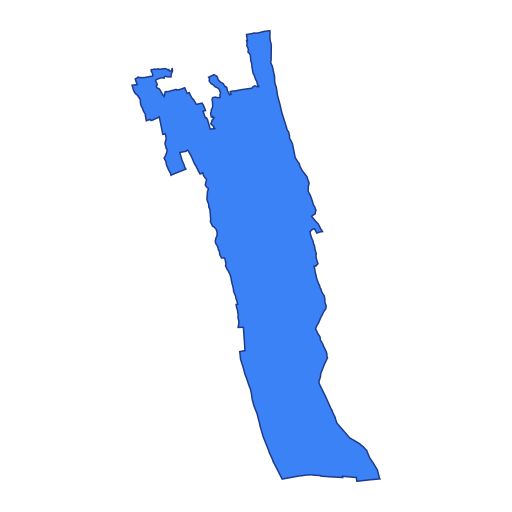 outline of Bogdanita, Vaslui, Romania
{"feature_id": "2599482B30412636472664", "entity_name": "Bogdanita", "entity_type": "district", "adm_level": 2, "iso_a3": "ROU", "parent_name": "Romania", "parent_adm1": "Vaslui", "projection": "equal_earth", "projection_center": [27.663, 46.443], "detail": "fine", "context": "isolated", "style": "filled", "palette": "blue", "viewbox_px": 512, "rotation_deg": 0, "n_neighbors": 0, "source": "geoboundaries", "source_scale": "gbopen_adm2", "svg_char_len": 5947}
<svg xmlns="http://www.w3.org/2000/svg" viewBox="0 0 512 512"><path d="M356.9,481.3L369.9,479.8L379.9,478.9L379.5,478.2L377.4,470.0L373.5,463.4L369.7,457.9L366.6,450.2L365.4,449.2L363.1,446.6L360.8,444.9L359.9,443.9L349.6,437.8L337.0,423.2L335.6,419.5L335.2,417.5L332.5,412.0L332.3,410.9L331.0,408.7L325.6,396.6L319.5,384.3L319.1,383.2L319.0,381.9L319.2,380.6L320.5,376.6L320.6,374.6L321.0,373.0L324.4,364.3L327.5,357.8L326.9,356.2L326.9,354.2L326.4,352.0L324.4,347.8L323.8,346.8L322.4,343.4L320.4,340.1L320.2,339.5L320.3,338.8L320.0,336.9L317.5,333.0L316.5,330.6L315.5,329.0L316.8,325.7L318.7,322.5L320.9,317.2L322.2,315.0L323.5,312.0L325.8,308.8L326.2,306.0L324.9,302.3L324.9,299.5L324.4,296.5L323.9,295.1L322.7,293.8L320.9,289.6L321.0,289.2L320.0,287.6L319.4,285.0L318.7,284.0L316.9,279.2L315.0,271.2L314.6,267.9L314.0,266.2L316.1,266.0L316.5,265.0L317.2,264.7L318.0,263.7L316.5,259.3L315.8,255.5L316.3,254.5L316.3,253.9L314.9,248.9L314.5,245.7L313.5,243.6L313.1,241.4L311.9,238.6L310.6,234.8L310.0,231.8L312.4,229.3L314.5,228.7L316.8,233.1L317.6,232.7L320.4,231.9L322.5,231.6L321.9,230.5L320.8,229.0L318.2,223.9L315.4,221.0L311.7,216.5L312.2,215.8L315.0,213.9L315.2,213.5L315.4,211.8L316.0,210.3L314.5,206.5L313.2,204.6L312.7,202.1L310.2,195.0L309.3,193.7L308.1,190.9L308.3,188.2L308.2,186.9L308.9,184.3L309.1,183.1L309.0,182.7L307.9,179.8L306.9,176.6L302.3,170.7L299.9,166.2L299.4,164.0L298.7,162.8L298.0,162.1L295.2,157.6L292.5,144.0L290.8,140.3L289.8,138.8L289.5,137.4L289.5,135.3L289.0,133.9L288.8,132.5L287.0,129.4L286.3,126.7L281.8,112.5L280.0,104.6L277.5,95.4L276.8,90.4L276.1,86.4L275.4,84.8L275.0,83.3L274.7,81.4L274.5,75.7L273.8,73.2L273.1,69.7L272.3,66.1L270.7,62.7L271.1,59.9L271.3,46.3L271.1,43.9L270.2,40.7L269.9,37.1L270.0,31.8L269.8,30.7L264.1,31.4L257.6,33.1L253.4,33.1L252.2,33.6L246.5,34.5L247.4,40.7L246.6,40.6L247.2,43.9L246.8,45.1L247.0,46.2L248.0,48.2L248.3,49.4L248.4,50.5L247.9,51.7L248.4,52.7L249.5,53.5L250.3,55.2L250.8,60.3L251.0,61.6L251.8,63.8L251.9,67.1L252.3,68.2L252.5,70.4L253.2,73.7L254.1,75.0L255.7,79.7L256.9,81.6L257.4,84.5L258.8,86.2L258.7,86.7L256.5,86.5L255.6,86.0L254.7,85.9L253.3,86.5L252.8,86.9L252.4,87.8L251.2,88.4L250.3,88.4L241.9,89.6L235.2,90.9L232.3,91.1L230.2,91.6L231.1,94.3L229.6,94.8L228.1,92.1L227.3,90.3L226.8,87.7L226.4,87.0L225.6,86.8L225.3,86.4L224.8,86.5L223.2,83.6L220.4,82.0L218.5,80.1L217.9,79.2L217.5,77.3L216.6,76.0L215.5,75.6L214.4,74.8L213.9,74.7L208.6,77.2L209.6,78.9L209.1,80.3L209.2,81.0L211.1,83.7L213.0,84.6L214.0,85.5L214.3,86.1L214.8,86.6L217.4,87.8L218.5,88.6L219.4,89.8L220.5,93.0L220.3,93.9L219.9,94.9L220.1,97.5L217.0,97.6L215.7,97.1L213.5,97.4L213.1,97.5L212.5,98.2L212.1,99.1L212.1,100.3L212.5,101.8L212.7,106.6L212.0,108.7L211.4,109.4L211.2,111.7L210.7,112.9L210.8,114.1L210.7,114.8L211.4,117.1L212.3,116.9L212.8,116.5L213.1,118.0L214.0,117.8L212.9,119.7L212.0,120.2L211.8,121.5L210.8,123.8L213.9,126.7L213.7,127.4L214.7,128.6L210.1,129.1L209.5,126.5L207.5,119.8L206.5,117.8L205.4,117.9L203.0,111.1L205.5,110.6L204.7,108.3L203.1,104.8L202.0,103.1L196.4,104.4L193.7,99.8L192.2,98.3L191.3,97.0L190.3,95.0L189.3,92.6L187.2,93.5L184.7,87.7L182.0,88.8L178.8,89.8L176.5,90.0L176.2,89.5L175.7,89.5L174.5,89.7L173.8,90.2L171.7,90.5L169.2,91.4L165.2,91.7L164.1,96.5L162.2,93.9L160.4,90.5L159.3,88.9L158.8,88.5L157.6,88.4L156.5,87.0L156.3,85.9L156.6,85.3L157.1,85.2L157.1,84.3L157.0,83.6L155.6,80.9L155.6,80.4L156.0,79.9L158.0,78.9L161.2,77.8L164.1,78.1L164.3,77.0L164.9,76.5L165.5,76.4L167.2,76.8L171.0,76.9L171.2,74.2L172.5,71.1L172.3,68.7L172.0,68.8L171.8,69.3L171.9,70.7L171.3,70.9L169.5,71.0L169.1,70.6L168.8,69.5L167.6,69.7L165.7,68.6L163.7,68.7L159.7,69.3L158.2,68.8L156.8,69.3L155.9,69.1L154.3,69.1L152.1,69.7L151.3,69.6L151.1,70.9L152.5,73.4L152.8,75.9L152.1,76.3L150.4,76.4L144.9,77.5L141.0,77.7L140.1,77.4L138.7,77.5L138.5,77.2L137.9,77.1L136.6,78.3L135.4,78.7L135.3,79.5L137.2,84.6L132.1,85.2L133.4,89.8L135.0,93.2L137.8,95.6L138.1,96.1L138.3,96.9L138.9,97.1L139.5,98.6L140.1,99.1L140.4,99.9L140.3,101.5L140.6,104.3L141.5,106.6L142.2,107.7L143.5,111.2L145.5,114.5L145.3,115.2L146.3,120.8L150.0,119.4L150.9,120.5L152.4,120.2L159.3,117.0L162.8,134.4L165.3,133.9L166.1,137.7L166.2,138.7L165.3,141.7L165.0,143.8L166.0,147.3L166.1,148.4L166.8,148.8L167.1,149.9L166.9,151.9L166.3,153.6L165.0,156.7L164.1,158.1L166.0,161.7L166.4,164.6L168.4,169.5L170.4,173.1L171.0,175.3L172.7,174.4L185.9,169.1L184.8,167.3L183.8,164.2L182.0,160.2L179.8,152.5L184.7,151.5L185.4,151.5L186.1,151.3L186.4,150.6L187.7,150.1L191.0,155.7L192.4,158.8L193.9,162.5L195.1,164.8L195.3,164.7L196.9,168.1L197.6,168.9L198.1,170.7L200.1,174.0L202.8,172.8L202.9,173.9L203.9,176.1L206.4,179.4L206.4,180.8L205.8,182.3L205.3,185.0L206.6,187.0L208.3,188.4L208.3,189.3L207.4,191.8L207.3,193.9L207.0,196.1L207.2,197.7L206.9,198.2L206.9,198.9L207.5,201.4L208.6,204.0L208.8,207.0L209.1,207.9L209.5,208.2L210.0,210.8L210.7,219.5L210.4,220.9L210.5,222.1L212.6,226.2L213.9,226.8L215.9,228.9L216.8,231.1L217.2,233.4L217.0,234.2L217.0,235.7L216.0,237.9L215.3,240.8L215.4,242.4L215.8,243.5L217.3,245.9L218.0,247.7L218.4,249.8L218.9,250.5L219.6,252.4L219.7,254.5L221.5,258.0L224.5,258.0L224.8,258.4L225.9,263.4L226.0,264.2L225.5,265.5L225.6,266.0L227.3,269.6L227.6,269.8L229.9,274.2L230.7,276.7L231.1,278.5L231.5,281.0L233.3,288.4L233.6,291.3L235.5,296.0L235.8,296.9L235.9,298.3L236.9,300.9L237.7,304.2L236.1,304.5L236.5,307.1L237.4,309.8L237.8,312.9L238.1,313.9L238.2,315.0L238.0,316.6L238.0,317.8L238.9,321.6L238.8,323.7L238.1,327.4L243.4,327.3L245.0,350.6L239.7,351.6L240.1,354.4L240.5,359.1L243.3,367.9L245.0,374.3L246.6,378.4L248.8,385.0L250.5,389.4L251.2,392.3L252.3,399.9L254.1,406.3L257.0,413.5L259.7,424.0L260.0,425.9L263.3,437.0L268.1,449.0L269.5,453.0L272.2,458.8L273.0,461.2L282.2,479.1L299.9,475.8L301.4,475.8L306.3,475.0L311.1,474.8L315.2,475.3L320.4,475.5L320.4,475.9L321.8,476.2L328.3,476.7L342.7,477.5L342.5,476.3L356.3,477.5L356.9,481.3Z" fill="#3b82f6" stroke="#1e3a8a" stroke-width="1.5"/></svg>